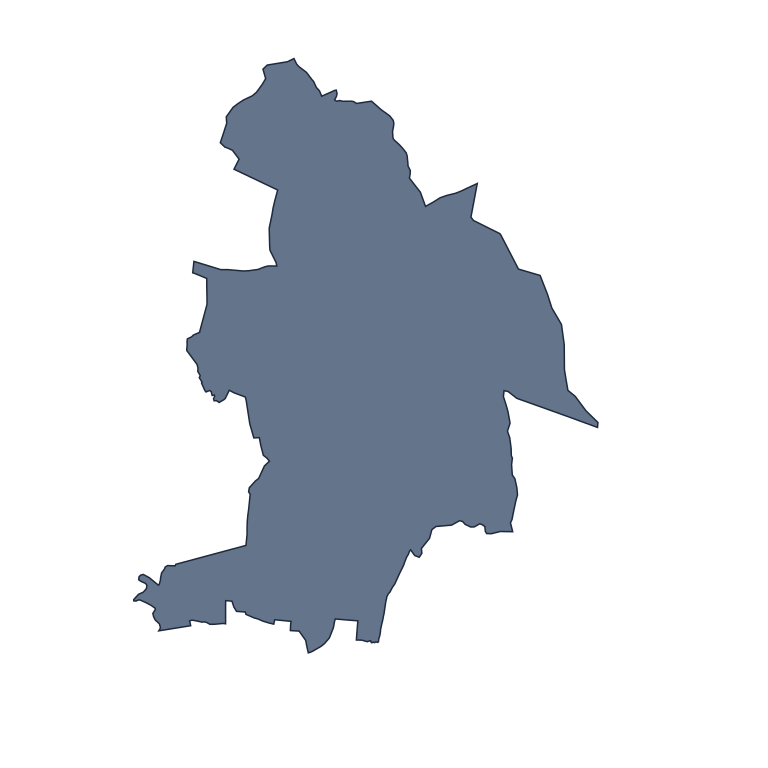 the district of Ezza South, Ebonyi, Nigeria, rotated 284°
{"feature_id": "59680162B18578493945657", "entity_name": "Ezza South", "entity_type": "district", "adm_level": 2, "iso_a3": "NGA", "parent_name": "Nigeria", "parent_adm1": "Ebonyi", "projection": "mercator", "projection_center": [7.982, 6.114], "detail": "fine", "context": "isolated", "style": "filled", "palette": "slate", "viewbox_px": 768, "rotation_deg": 284, "n_neighbors": 0, "source": "geoboundaries", "source_scale": "gbopen_adm2", "svg_char_len": 4414}
<svg xmlns="http://www.w3.org/2000/svg" viewBox="0 0 768 768"><g transform="rotate(284 384 384)"><path d="M457.0,169.9L445.6,171.5L445.4,173.9L444.6,179.6L443.5,186.5L437.8,187.9L422.9,191.9L418.6,193.0L390.2,192.5L389.6,192.6L388.6,191.4L385.4,187.2L383.3,186.0L380.2,182.3L376.6,182.8L375.3,183.3L373.4,183.7L371.6,184.0L370.6,184.0L368.7,184.6L357.8,197.8L354.6,199.6L351.1,200.3L349.8,201.6L347.6,203.7L345.5,203.2L341.7,207.1L340.8,206.7L334.4,211.7L333.2,213.2L335.5,216.3L335.1,217.3L334.9,218.1L331.3,220.0L332.2,222.1L331.0,222.7L328.5,222.1L326.6,223.2L327.3,225.5L326.2,228.5L330.1,232.5L331.6,233.5L340.5,235.4L339.2,240.5L337.8,252.6L334.8,254.2L312.9,263.4L300.2,270.7L301.8,276.0L294.4,279.4L285.6,284.2L283.9,288.1L281.4,291.5L275.6,287.8L262.0,285.2L258.8,282.7L250.8,278.4L246.6,278.7L244.7,280.8L230.3,282.9L223.1,283.7L218.0,284.5L211.4,285.9L205.1,287.5L194.0,289.1L180.2,264.3L158.7,225.6L157.1,225.4L156.3,222.0L155.5,218.0L153.5,216.0L151.3,215.7L148.8,214.7L146.8,213.9L144.8,214.0L142.0,214.1L139.6,214.5L135.3,214.4L134.2,213.8L139.3,203.1L141.0,196.5L139.7,194.2L137.9,193.0L134.7,193.3L133.7,195.9L133.3,198.2L132.8,200.9L131.3,202.6L128.7,203.0L127.0,202.5L123.7,200.7L120.6,196.7L114.3,193.3L113.0,193.7L113.4,195.8L114.9,197.8L115.4,199.4L114.2,206.2L112.9,211.5L111.0,216.3L109.7,216.6L106.7,215.6L105.5,215.2L102.5,216.7L99.6,219.2L97.0,224.0L93.8,225.9L92.2,225.9L90.0,225.2L102.7,254.9L107.2,252.7L108.5,255.0L108.8,260.4L108.9,265.1L109.7,266.9L109.7,269.7L108.7,273.2L109.9,277.8L112.7,285.7L113.0,288.3L132.3,283.5L135.5,282.8L136.5,289.0L131.4,292.2L127.7,295.9L129.2,304.6L127.1,305.7L125.6,314.7L125.5,318.7L124.6,323.8L124.3,329.8L124.3,335.1L128.8,335.0L131.2,351.2L126.9,351.8L122.1,352.8L123.7,361.4L116.5,369.8L115.0,370.7L112.8,371.6L108.3,373.8L104.8,375.6L105.9,377.5L107.6,379.6L109.1,381.1L114.1,386.3L117.6,389.0L124.3,392.4L134.7,393.8L137.1,393.8L140.4,393.5L144.2,393.5L146.3,406.6L147.3,412.4L147.9,415.9L146.1,416.2L128.9,419.1L130.1,424.4L129.9,430.1L131.7,433.0L130.2,434.1L129.9,434.6L130.9,436.2L130.8,437.6L131.5,437.9L131.9,438.9L131.7,440.1L132.4,441.0L135.7,440.6L139.0,440.8L141.8,440.6L144.9,440.1L150.3,439.9L154.7,439.9L158.9,439.6L161.1,439.6L164.9,439.2L168.1,438.9L173.3,438.4L176.7,438.4L177.9,438.2L181.3,438.9L183.5,440.1L188.9,441.4L192.4,442.8L197.7,443.8L201.6,444.5L205.1,445.2L212.9,446.9L216.5,447.2L221.6,447.9L223.5,448.5L224.9,448.9L227.6,449.1L229.5,450.0L225.0,455.3L224.4,460.1L228.9,461.7L233.5,460.1L245.2,465.5L254.3,465.7L258.3,468.9L263.4,483.7L269.7,490.5L269.5,493.8L267.5,496.5L266.2,502.7L267.2,506.2L271.5,510.7L271.3,513.2L270.1,516.3L265.5,518.0L263.7,519.8L264.7,524.4L269.0,532.5L271.8,544.6L279.9,540.3L283.5,541.0L291.5,540.6L303.0,540.2L308.6,540.4L315.3,538.1L323.8,533.9L326.8,530.5L336.6,527.3L343.2,526.5L345.2,524.9L352.4,522.9L362.3,519.0L368.1,515.2L376.3,515.8L377.9,515.2L387.7,510.7L393.1,507.6L400.7,502.9L406.6,502.1L406.7,506.3L402.2,516.4L400.9,529.8L397.0,568.8L393.5,601.7L398.4,600.9L406.9,586.4L418.3,572.5L422.3,564.0L432.5,559.5L441.6,555.6L453.6,552.5L465.7,549.4L484.7,541.8L498.3,528.5L508.7,522.1L510.5,521.0L527.1,509.2L528.0,487.4L528.0,486.7L557.1,461.1L557.9,460.1L564.3,431.2L567.0,428.0L601.1,426.0L594.7,418.0L589.9,412.2L586.4,407.3L582.1,399.2L578.2,393.3L572.6,388.0L566.4,381.3L578.9,372.9L582.0,368.9L589.9,358.9L594.5,358.5L597.5,357.9L601.3,354.6L604.2,353.7L608.6,352.1L610.7,351.4L613.7,349.6L616.9,345.5L619.8,341.2L623.1,335.1L624.2,333.6L625.8,332.9L631.1,331.2L636.5,330.9L639.4,330.5L642.1,329.1L645.5,324.8L649.5,314.8L655.4,303.5L649.6,289.5L650.7,286.1L650.5,283.8L648.4,275.8L648.3,272.3L646.9,269.6L647.7,267.4L651.7,268.3L654.4,268.2L657.6,266.6L656.9,265.0L654.3,261.8L648.2,253.9L652.9,250.4L655.4,246.6L660.4,242.6L662.1,240.2L667.6,233.4L671.3,224.8L673.2,221.9L678.0,217.9L673.3,212.3L665.2,193.5L660.2,190.4L651.7,195.3L646.0,193.6L645.8,193.6L636.2,189.7L631.7,186.4L625.8,179.2L620.9,174.6L615.9,170.6L605.0,166.3L602.6,167.1L599.0,168.3L587.5,167.5L578.5,166.8L575.3,172.5L575.2,174.8L574.1,180.4L567.1,189.0L561.6,187.7L556.1,186.5L546.5,233.9L535.2,233.7L527.8,233.8L520.8,234.4L507.5,234.9L490.1,239.7L486.2,241.0L475.6,250.0L472.5,251.4L471.4,246.7L470.7,243.7L469.9,241.8L468.6,239.6L466.8,237.0L464.6,233.9L461.1,225.1L459.6,220.1L457.2,204.8L455.5,198.1L456.3,183.4L457.0,169.9Z" fill="#64748b" stroke="#1e293b" stroke-width="1.5"/></g></svg>